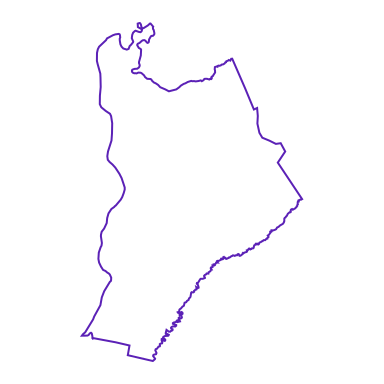 outline of Bella Vista, Corrientes, Argentina
{"feature_id": "61730980B66875074034941", "entity_name": "Bella Vista", "entity_type": "district", "adm_level": 2, "iso_a3": "ARG", "parent_name": "Argentina", "parent_adm1": "Corrientes", "projection": "mercator", "projection_center": [-58.927, -28.498], "detail": "fine", "context": "isolated", "style": "outline", "palette": "violet", "viewbox_px": 384, "rotation_deg": 0, "n_neighbors": 0, "source": "geoboundaries", "source_scale": "gbopen_adm2", "svg_char_len": 5945}
<svg xmlns="http://www.w3.org/2000/svg" viewBox="0 0 384 384"><path d="M154.2,34.5L154.4,33.2L153.7,30.0L153.0,28.9L152.9,27.3L153.2,26.7L150.5,23.5L150.0,23.5L147.8,25.5L143.6,28.1L142.9,28.3L142.3,28.1L141.5,27.2L140.9,24.5L140.3,23.5L139.8,23.0L139.2,23.1L137.7,23.6L137.9,27.1L141.3,29.0L142.0,29.8L141.7,31.0L141.2,31.7L140.4,32.2L138.8,31.9L135.6,30.7L134.9,31.0L133.1,32.7L132.2,35.0L131.8,38.2L133.2,41.5L133.1,42.2L131.0,44.8L129.7,46.0L128.6,48.9L126.8,49.6L123.3,48.5L121.5,46.6L120.4,44.3L119.8,40.7L119.7,38.8L120.2,37.5L120.0,35.4L119.7,34.4L118.8,33.9L115.3,34.4L113.0,35.2L107.0,38.4L106.0,40.2L99.1,46.7L97.8,49.3L97.0,52.9L96.9,60.9L97.6,63.9L100.3,73.6L100.5,77.8L100.7,87.0L99.9,95.8L99.8,104.2L101.3,107.3L105.8,111.0L110.0,113.8L111.1,116.1L112.2,123.2L112.0,133.5L111.5,140.5L108.0,151.5L107.3,156.2L107.8,159.8L109.6,162.0L112.5,164.5L115.3,167.6L119.4,173.8L121.6,178.1L123.9,185.0L124.7,187.5L124.7,189.6L123.7,193.1L122.2,197.1L120.7,199.7L115.8,205.5L114.7,206.3L114.3,206.9L111.4,209.0L108.5,213.4L107.2,218.0L106.7,223.1L104.1,228.6L101.7,231.7L101.0,234.6L100.9,236.2L101.9,243.0L101.5,245.7L100.6,247.3L98.8,252.6L98.4,258.9L99.1,262.6L101.0,266.6L103.1,269.9L105.5,271.0L107.3,272.6L108.7,273.4L109.8,274.5L111.2,277.6L111.1,280.1L110.8,281.1L109.9,281.8L104.2,291.2L101.8,297.4L100.4,305.2L94.2,316.5L93.1,319.4L85.2,332.3L83.0,334.2L81.9,335.7L87.3,335.6L88.5,335.1L89.6,333.6L90.7,332.8L91.2,332.8L91.8,333.5L92.4,336.4L92.4,338.2L92.8,338.6L93.2,338.1L115.7,342.3L129.5,345.5L127.8,355.2L152.8,361.0L154.9,359.2L155.1,358.7L153.1,356.0L153.3,355.1L154.0,354.6L156.0,354.2L156.5,353.0L155.3,350.3L155.7,349.2L157.0,348.7L158.5,346.6L159.7,346.4L160.0,346.0L159.8,344.1L160.3,343.7L162.1,343.3L162.3,342.5L161.6,340.2L161.7,339.0L162.4,338.7L163.1,340.2L163.8,340.7L164.5,340.9L165.1,340.7L165.3,340.1L165.2,339.5L163.5,338.1L163.1,337.4L163.4,336.8L165.0,336.0L168.0,335.8L168.5,335.5L168.8,334.8L166.9,333.8L166.4,334.1L165.8,333.9L165.7,333.1L166.5,329.9L168.9,331.7L170.2,331.7L170.6,331.1L171.6,330.8L172.5,330.2L172.6,329.3L171.2,328.6L171.0,327.8L171.6,327.0L172.9,326.4L175.3,326.5L176.2,325.7L176.2,325.0L172.9,323.8L172.9,323.1L173.8,322.5L176.4,321.9L176.4,321.2L177.1,320.4L177.9,320.2L178.2,320.9L178.1,321.9L180.0,321.4L178.7,318.4L178.7,317.8L179.2,317.5L180.3,318.5L181.0,318.4L181.7,317.9L181.9,317.3L181.4,315.9L179.8,315.5L179.5,314.9L179.9,314.4L180.9,314.2L181.9,314.3L182.5,313.9L182.6,313.1L182.2,312.4L181.4,312.0L180.8,312.4L180.7,313.2L178.2,312.9L177.7,312.2L179.2,311.6L179.3,310.0L179.7,309.3L181.0,308.4L182.4,306.7L183.9,305.7L184.6,302.7L186.2,302.2L187.0,300.9L188.6,299.9L189.0,298.4L190.2,297.4L190.5,296.7L191.2,292.6L191.9,292.1L192.5,292.4L193.3,292.4L194.1,291.8L194.1,290.8L194.8,290.4L195.4,289.6L196.4,289.5L196.7,288.8L196.3,287.1L197.8,288.1L198.6,287.7L198.5,286.8L197.9,284.9L196.8,283.7L197.0,283.0L197.8,283.1L200.2,279.2L200.7,278.8L202.8,278.8L204.9,278.0L204.9,277.4L204.2,276.5L204.1,275.8L204.8,275.0L206.2,274.3L206.6,273.5L208.4,273.6L208.6,272.3L210.4,271.2L211.0,269.7L211.6,269.6L210.7,268.1L211.1,267.4L212.5,267.1L212.5,265.3L213.9,265.6L214.6,265.3L214.0,264.3L215.2,264.1L215.8,263.5L216.1,262.6L217.7,262.6L217.1,261.9L217.0,261.1L217.7,260.8L218.4,261.0L220.9,259.8L221.1,258.7L221.7,258.6L222.2,259.3L222.8,259.2L223.6,258.6L223.8,258.1L223.4,257.8L223.3,257.2L223.9,256.9L224.4,257.6L225.2,257.7L225.9,258.8L226.7,258.9L227.1,258.4L228.7,258.0L229.0,257.4L230.2,257.2L231.4,256.1L232.1,256.0L233.0,255.3L234.8,255.9L235.3,255.4L237.2,255.2L237.4,254.5L238.2,254.0L238.8,254.2L239.5,255.8L240.5,255.7L242.8,253.9L242.7,253.2L243.0,252.8L243.9,253.0L244.9,252.4L246.6,252.0L247.1,251.4L246.8,250.3L248.3,249.8L248.5,249.0L249.1,248.5L249.6,248.6L249.9,249.1L250.5,249.4L250.9,249.0L251.4,249.0L252.0,248.3L253.2,248.3L253.7,247.8L253.8,246.8L254.2,245.4L254.8,245.2L255.8,243.7L256.5,243.8L256.9,244.3L257.3,243.7L258.5,244.4L259.0,243.9L259.1,243.1L259.6,242.5L260.7,242.2L261.8,241.3L262.6,241.2L262.9,240.7L263.8,240.1L265.2,240.1L266.3,238.9L267.4,238.6L267.4,237.8L268.5,237.0L268.4,236.3L267.8,235.5L268.8,234.9L270.6,232.5L270.2,232.2L270.2,231.6L270.9,231.2L271.7,231.4L272.1,230.8L271.9,230.3L273.3,230.4L275.4,229.6L276.1,229.2L277.1,227.5L278.5,226.9L280.1,225.4L282.8,223.9L283.9,222.4L284.0,221.7L284.3,221.2L284.3,218.7L284.7,217.9L285.6,217.4L285.9,216.6L286.8,215.9L287.8,213.8L289.7,212.2L290.4,212.3L290.8,211.9L290.7,210.2L291.0,209.6L292.1,209.0L292.8,209.7L295.3,208.3L295.7,207.7L296.4,207.2L296.7,206.3L297.2,206.0L297.4,204.7L297.9,204.2L297.6,203.2L297.8,201.9L298.6,201.6L298.2,201.0L298.5,200.3L299.1,200.2L300.3,199.6L301.0,199.7L302.1,199.1L277.8,162.6L285.2,151.5L280.7,143.2L275.9,143.9L269.5,140.7L262.3,137.7L259.4,132.8L257.4,123.6L257.8,116.0L257.1,108.0L253.9,109.5L245.1,88.3L232.2,58.7L231.2,58.8L230.3,60.6L228.8,60.0L228.3,60.5L226.3,61.3L226.1,62.2L225.4,62.3L224.6,63.5L223.1,64.4L221.6,64.6L220.8,65.4L219.4,65.8L218.4,65.6L217.7,66.0L217.5,66.7L216.8,66.4L214.9,67.1L214.7,69.3L215.0,70.4L215.1,72.5L213.3,75.2L213.1,75.8L211.6,76.8L211.3,77.6L211.8,78.1L211.6,78.7L211.2,79.1L209.8,79.0L209.3,79.5L207.0,78.8L204.9,78.8L204.3,79.0L203.5,80.2L201.8,81.2L200.8,80.4L198.6,81.0L195.7,81.4L194.1,81.1L192.3,81.2L191.2,80.9L187.7,82.0L185.4,83.3L183.7,83.9L180.9,85.6L179.3,87.2L176.3,89.4L168.9,91.3L165.3,89.4L160.2,87.2L158.1,84.9L155.7,83.3L153.9,82.5L152.1,80.8L151.3,79.5L150.5,79.0L147.2,78.8L145.0,77.0L144.1,75.4L141.5,73.1L140.5,72.7L138.3,72.6L136.6,73.4L135.0,73.2L134.3,73.3L133.0,72.8L132.1,71.9L131.9,71.0L132.0,70.2L132.5,69.6L134.5,68.9L137.3,68.7L139.0,67.4L139.7,65.8L139.6,64.7L139.0,63.1L139.0,62.0L140.8,55.5L141.1,49.8L140.7,49.0L138.8,47.9L137.3,45.4L137.2,44.9L137.7,43.8L139.6,42.9L141.8,40.9L142.8,40.3L144.2,40.1L145.3,40.6L147.0,42.6L147.7,42.9L148.4,42.5L148.8,41.9L149.1,39.4L150.9,36.3L151.7,35.9L152.8,35.9L154.2,34.5Z" fill="none" stroke="#5b21b6" stroke-width="2"/></svg>